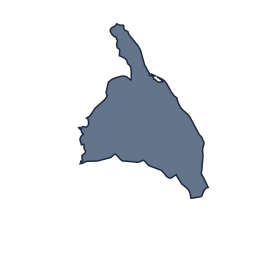 the Metropolitan department of Haute-Corse, rotated 330°
{"feature_id": "FRA-5297", "entity_name": "Haute-Corse", "entity_type": "Metropolitan department", "adm_level": 1, "iso_a3": "FRA", "parent_name": "France", "parent_adm1": "", "projection": "albers", "projection_center": [9.18, 42.426], "detail": "fine", "context": "isolated", "style": "filled", "palette": "slate", "viewbox_px": 256, "rotation_deg": 330, "n_neighbors": 0, "source": "natural_earth", "source_scale": "10m", "svg_char_len": 2244}
<svg xmlns="http://www.w3.org/2000/svg" viewBox="0 0 256 256"><g transform="rotate(330 128 128)"><path d="M68.7,134.9L69.8,134.2L70.6,133.1L72.1,134.0L72.6,133.3L72.7,131.9L73.2,130.8L73.8,130.1L74.0,129.3L74.5,128.8L78.4,128.2L79.4,127.2L79.7,125.6L79.7,123.6L81.0,121.6L81.5,120.3L81.0,119.7L79.5,119.5L79.2,119.0L79.5,118.3L80.5,114.2L82.0,112.4L84.1,111.5L86.4,110.9L85.7,109.3L86.4,105.8L85.5,104.2L85.5,103.0L86.4,103.5L86.8,103.5L86.9,103.8L87.2,105.2L89.2,104.1L90.5,104.7L91.5,105.9L92.9,106.5L94.8,105.8L96.2,104.3L97.2,102.1L97.9,99.8L97.0,98.7L101.5,98.4L109.1,94.5L122.4,91.7L126.2,89.7L126.5,86.6L133.0,79.4L134.3,78.4L137.1,77.9L139.9,77.9L141.2,78.3L142.3,78.2L148.4,79.9L150.9,81.3L151.7,82.2L152.5,83.2L153.1,84.5L154.2,87.7L155.0,87.7L159.3,80.3L161.0,75.6L159.9,72.1L160.8,69.0L160.1,66.2L158.5,63.5L156.6,61.0L159.8,56.5L159.8,55.1L159.0,53.6L159.0,52.2L159.5,50.6L160.3,49.5L163.0,46.5L162.6,45.7L162.5,45.3L162.7,44.6L163.0,43.2L161.8,41.9L161.0,39.3L160.8,36.5L161.4,34.4L163.4,33.1L168.2,33.1L170.4,32.1L171.9,34.4L173.0,35.3L175.3,36.6L175.3,37.8L174.3,39.1L174.1,40.8L174.7,42.7L176.1,44.3L175.5,47.3L177.8,62.1L177.7,67.0L173.8,82.1L174.0,84.1L173.7,86.4L173.9,91.1L173.7,91.5L173.4,91.9L173.0,92.4L173.0,93.2L173.3,93.6L173.8,94.0L174.4,94.1L174.6,94.2L175.0,95.6L175.2,96.5L175.2,97.4L174.6,98.7L175.6,99.5L176.0,100.6L176.3,101.8L177.1,103.1L178.0,103.9L181.3,105.3L180.9,103.0L180.4,101.9L178.6,97.7L182.0,102.8L183.2,105.6L183.7,108.7L183.5,118.1L183.9,123.0L185.4,126.4L184.7,128.5L184.2,130.8L183.9,133.3L183.8,136.4L184.4,139.7L186.6,146.0L187.1,149.2L186.4,169.3L187.3,173.1L186.9,174.5L186.7,177.3L186.5,178.6L185.6,180.0L182.4,183.1L181.1,185.2L179.3,189.2L171.0,201.2L169.2,203.1L168.6,204.6L168.5,210.3L167.7,219.6L165.7,219.1L162.9,220.0L157.7,223.9L156.0,223.7L147.4,220.4L149.3,214.9L149.5,212.1L148.8,209.1L146.6,203.6L146.2,194.6L146.6,192.5L140.3,192.9L138.7,192.0L137.1,189.1L136.4,184.0L135.5,181.1L127.6,171.5L126.9,170.0L126.0,165.1L125.2,163.8L124.3,163.3L122.1,163.3L119.3,162.5L106.6,153.6L105.7,151.2L104.3,144.9L102.9,143.9L98.5,145.0L85.3,141.4L75.5,136.2L70.6,135.8L68.7,134.9ZM174.6,92.1L177.7,96.5L177.1,96.5L174.6,92.1Z" fill="#64748b" stroke="#1e293b" stroke-width="1.5"/></g></svg>